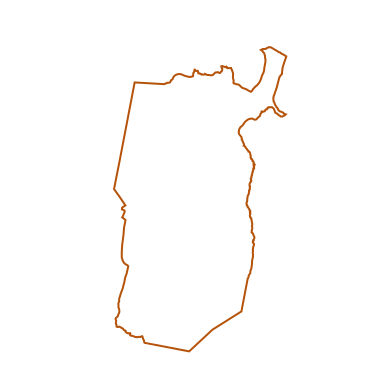 the district of Turkana North, Rift Valley, Kenya, rotated 191°
{"feature_id": "3690345B58335120983870", "entity_name": "Turkana North", "entity_type": "district", "adm_level": 2, "iso_a3": "KEN", "parent_name": "Kenya", "parent_adm1": "Rift Valley", "projection": "robinson", "projection_center": [35.285, 4.376], "detail": "fine", "context": "isolated", "style": "outline", "palette": "amber", "viewbox_px": 384, "rotation_deg": 191, "n_neighbors": 0, "source": "geoboundaries", "source_scale": "gbopen_adm2", "svg_char_len": 6083}
<svg xmlns="http://www.w3.org/2000/svg" viewBox="0 0 384 384"><g transform="rotate(191 192 192)"><path d="M187.2,321.0L186.4,319.3L185.8,318.8L185.6,316.8L186.6,315.5L186.7,314.8L187.4,314.1L188.1,314.1L189.3,314.6L189.5,314.6L190.2,314.1L191.2,314.1L192.1,313.5L192.3,313.0L193.0,312.3L193.7,310.9L195.7,310.1L197.6,310.1L199.4,309.8L201.6,310.4L201.6,310.0L201.8,309.8L202.3,309.7L202.9,309.4L203.9,309.5L204.8,309.1L205.2,309.5L206.3,309.4L206.9,309.9L207.3,309.9L208.0,309.7L208.4,309.7L209.1,311.6L209.5,312.0L209.9,312.1L210.6,311.7L211.3,311.6L212.0,312.1L212.6,312.7L212.8,312.6L212.9,310.0L213.4,309.1L213.1,305.8L215.9,304.5L219.0,304.5L221.4,304.7L224.9,305.5L227.1,305.4L229.0,304.7L230.5,303.6L231.5,302.5L232.4,300.5L232.5,299.3L232.9,298.6L233.5,298.0L233.6,297.7L234.0,297.5L234.4,295.5L235.3,294.9L237.1,294.5L237.8,293.7L238.5,293.7L239.7,292.6L269.2,288.6L269.0,206.7L269.1,180.0L262.2,173.5L254.8,166.1L257.6,163.4L257.5,161.6L254.7,160.9L254.4,160.4L254.4,159.3L255.4,154.4L255.7,153.8L252.0,151.9L251.9,151.6L251.9,143.7L251.1,137.1L250.4,126.3L249.5,119.7L248.5,114.5L247.1,111.8L245.5,109.7L243.7,108.5L241.4,107.8L240.4,107.0L240.6,99.3L241.3,95.1L241.2,90.3L241.5,87.5L241.5,85.6L241.7,83.6L242.5,79.2L242.7,77.2L242.8,75.4L243.1,74.4L243.1,73.2L242.6,70.5L243.0,69.0L243.0,68.1L242.5,66.7L242.3,65.0L241.0,62.7L240.4,60.4L241.3,55.5L242.6,53.9L242.8,52.7L241.8,51.0L241.7,48.5L241.5,48.1L240.7,47.2L240.6,46.0L240.4,45.6L240.0,45.3L239.2,45.2L237.7,46.0L236.3,45.5L235.7,45.5L234.9,44.9L234.0,44.9L233.5,44.6L232.9,43.8L232.2,43.4L230.8,43.2L230.6,43.0L230.6,42.2L229.4,41.4L227.9,41.1L227.1,41.4L226.7,41.3L225.7,41.6L225.5,41.3L225.8,40.7L225.9,40.3L225.4,39.7L224.7,39.4L223.9,39.3L223.1,39.5L222.1,39.2L221.3,39.2L220.2,38.8L219.7,38.8L218.8,39.1L218.2,38.9L216.6,39.7L214.9,39.8L214.1,40.7L213.6,40.9L213.3,40.9L213.0,40.6L212.0,38.5L210.9,37.2L210.4,35.8L209.8,34.9L164.4,35.0L145.6,60.8L120.7,84.2L120.8,117.3L120.2,119.4L120.4,120.9L119.3,123.4L119.6,125.8L119.2,127.5L119.2,129.7L119.3,131.9L119.9,136.4L119.8,139.5L120.0,141.5L120.9,144.4L120.8,145.8L121.4,147.0L121.3,148.6L121.4,150.2L121.0,152.0L121.5,153.3L122.6,153.9L122.7,154.4L122.6,154.9L122.8,155.3L122.8,156.1L122.3,156.1L122.2,156.2L122.3,157.6L122.0,158.6L122.0,159.4L123.7,161.8L123.9,162.4L124.3,162.7L124.5,163.0L125.0,163.1L125.3,163.5L125.7,163.7L125.6,164.2L125.9,164.7L126.1,166.1L125.8,167.3L126.1,168.8L126.7,169.8L126.6,171.4L127.0,173.0L127.5,173.7L127.7,174.8L128.3,175.8L128.3,176.2L128.5,176.8L128.8,177.0L128.8,177.4L129.3,177.6L129.8,178.5L130.1,178.4L130.8,180.1L130.5,181.5L130.7,182.3L131.0,182.3L131.0,182.8L131.4,183.2L131.4,183.4L131.1,183.8L131.2,184.0L131.2,184.5L131.7,184.7L131.6,185.0L132.0,185.3L132.8,186.4L133.3,186.8L133.9,187.7L134.3,187.7L134.5,188.0L135.3,189.5L135.7,189.4L136.4,191.4L136.4,192.1L136.2,192.5L136.1,194.1L136.4,194.7L136.3,196.1L136.6,196.5L136.6,197.5L136.4,198.3L136.5,198.7L136.3,200.0L135.9,200.6L135.9,201.6L136.2,202.7L135.9,203.3L136.3,204.3L135.8,205.3L136.0,205.5L135.8,206.1L136.2,207.7L136.3,207.8L136.1,208.5L136.3,209.0L136.8,209.3L137.0,211.0L136.8,212.2L136.5,212.4L136.2,213.2L136.4,213.8L136.4,214.0L136.1,214.1L136.3,214.7L136.1,215.1L136.3,215.3L136.9,216.5L136.3,217.9L136.7,218.8L136.3,220.0L136.6,220.6L136.4,220.8L136.2,223.1L136.5,223.3L136.1,224.5L136.0,225.1L136.2,225.4L136.0,225.9L136.3,226.1L136.3,226.4L136.2,226.9L135.6,227.0L135.5,227.3L135.9,227.7L135.9,228.3L136.2,228.5L136.0,229.1L136.2,229.4L135.9,229.7L136.1,230.0L135.9,230.4L136.2,230.4L136.2,230.8L136.4,230.9L136.6,230.4L136.8,230.5L136.8,231.1L136.5,231.2L136.4,231.4L136.9,231.7L136.9,232.1L137.1,232.2L137.1,232.7L137.6,233.7L138.1,233.7L138.6,234.0L138.5,234.5L139.2,235.5L139.3,235.6L139.6,235.5L140.0,235.5L140.6,236.7L141.1,236.9L141.1,237.8L141.3,239.0L141.9,239.7L142.0,240.4L142.6,241.7L143.1,242.2L143.6,242.3L143.8,242.5L144.3,242.4L144.5,242.8L144.5,243.1L144.7,243.3L145.4,243.6L145.9,244.3L148.0,246.0L148.4,246.8L148.9,246.9L149.5,247.4L150.0,247.4L149.8,248.0L150.2,249.0L150.5,249.5L151.2,250.2L151.6,251.1L152.2,251.6L152.4,252.4L152.8,252.8L153.2,252.9L153.2,253.6L154.0,255.4L156.8,257.8L157.3,258.8L157.6,260.1L157.5,260.8L157.7,261.5L157.6,262.7L156.8,265.0L155.5,266.4L154.5,268.1L154.2,269.1L152.9,271.6L150.8,273.9L149.9,274.5L148.3,275.2L147.1,275.5L146.4,275.5L144.3,274.9L143.1,275.3L142.6,275.7L141.1,278.2L139.9,279.4L139.6,281.9L138.9,283.0L139.1,283.9L139.1,284.3L138.5,284.4L137.8,284.2L137.5,284.6L136.7,284.7L135.8,285.5L135.6,285.8L135.7,286.4L135.6,286.7L135.1,287.3L134.3,287.5L134.1,287.8L133.9,287.9L133.9,289.1L133.2,289.7L132.8,289.6L132.3,290.1L131.2,290.0L130.1,290.5L129.6,290.5L127.7,289.4L126.7,288.1L125.8,286.4L125.1,285.6L123.9,285.2L123.2,285.2L121.6,284.0L120.6,283.8L119.6,283.1L119.1,283.1L117.8,283.3L115.6,285.0L114.8,286.1L116.3,286.2L117.8,287.4L118.6,287.4L119.6,287.8L121.2,287.9L122.7,288.8L124.2,290.8L125.3,291.4L125.8,292.3L126.6,292.9L127.2,293.9L127.7,294.4L128.2,295.6L129.2,296.4L129.6,298.1L130.1,299.6L130.0,300.8L130.2,301.5L129.8,303.0L128.7,311.4L128.2,320.3L128.0,321.5L127.3,323.2L126.1,325.3L126.4,326.0L126.8,331.5L126.1,337.5L125.3,342.6L125.3,343.1L128.6,344.4L130.5,344.8L132.1,345.8L133.6,345.8L134.7,346.4L142.3,349.1L143.2,348.9L144.6,348.7L145.2,348.0L145.9,347.7L146.3,347.1L147.1,346.5L147.4,346.3L148.4,346.3L149.1,345.9L150.0,345.8L150.5,345.3L151.4,344.6L149.9,344.0L149.0,343.0L147.8,342.2L146.6,340.2L146.2,339.3L145.9,337.7L145.1,336.1L144.7,332.9L144.7,327.7L144.4,325.1L144.6,322.8L145.0,321.7L145.1,320.8L145.6,319.2L145.8,316.3L146.3,314.0L146.9,312.1L148.7,308.8L149.6,308.0L150.9,306.0L151.8,304.5L152.2,303.0L153.3,301.6L157.2,302.7L158.1,303.2L162.3,303.8L163.5,304.4L166.1,306.1L167.3,306.3L169.8,306.3L171.0,306.7L171.8,306.6L172.3,307.6L172.4,309.7L173.2,310.9L173.7,312.3L174.3,316.3L176.3,319.7L176.9,320.4L177.3,321.2L178.4,320.8L179.4,320.7L180.8,320.3L181.3,320.5L181.7,321.5L182.0,321.6L182.2,321.0L182.6,320.9L183.5,320.9L183.8,321.1L185.2,321.1L186.0,321.5L187.2,321.0Z" fill="none" stroke="#b45309" stroke-width="2"/></g></svg>